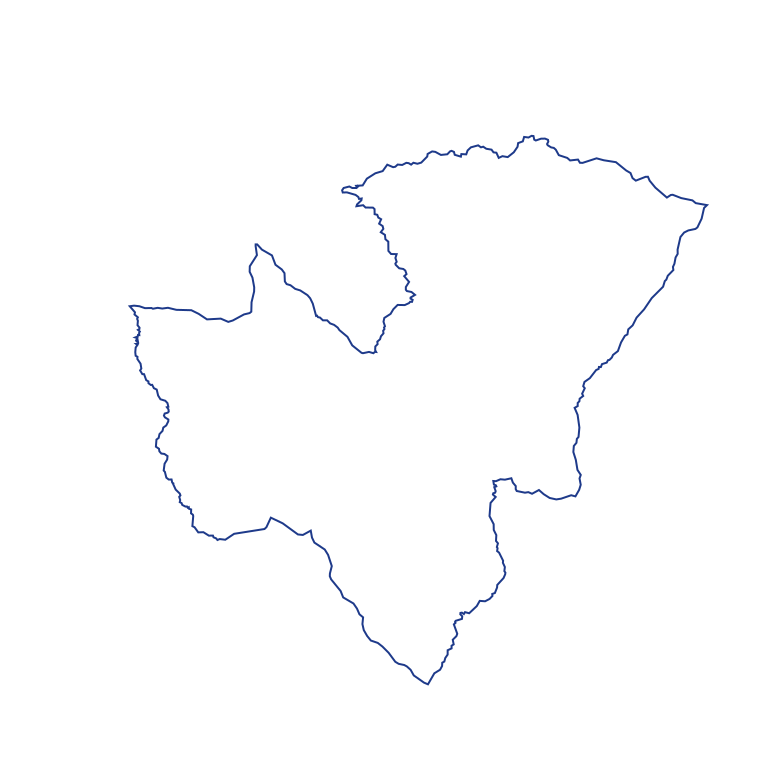 the district of Versalles, Valle del Cauca, Colombia, rotated 105°
{"feature_id": "7082276B43348198009946", "entity_name": "Versalles", "entity_type": "district", "adm_level": 2, "iso_a3": "COL", "parent_name": "Colombia", "parent_adm1": "Valle del Cauca", "projection": "albers", "projection_center": [-76.216, 4.612], "detail": "fine", "context": "isolated", "style": "outline", "palette": "blue", "viewbox_px": 768, "rotation_deg": 105, "n_neighbors": 0, "source": "geoboundaries", "source_scale": "gbopen_adm2", "svg_char_len": 6166}
<svg xmlns="http://www.w3.org/2000/svg" viewBox="0 0 768 768"><g transform="rotate(105 384 384)"><path d="M443.0,170.0L435.7,168.1L430.4,167.9L424.6,170.7L420.9,170.4L416.9,174.9L407.6,179.1L400.7,183.5L394.7,184.6L391.0,182.9L387.1,183.5L384.8,182.4L375.5,184.0L363.7,189.0L357.7,193.7L355.2,191.2L352.2,192.0L350.1,190.8L347.5,191.2L344.0,188.5L342.1,190.1L336.1,189.0L334.6,191.0L330.1,190.9L325.1,186.7L315.6,182.7L313.9,180.6L311.9,180.8L311.5,178.9L308.4,178.6L305.7,174.4L303.0,173.8L302.4,172.5L299.5,170.8L296.6,170.3L291.7,166.6L282.5,165.8L275.1,163.8L273.1,161.7L268.0,162.2L263.0,159.0L254.5,157.2L244.6,152.1L231.7,147.6L217.8,139.6L211.9,139.4L210.1,138.3L206.0,137.9L199.0,134.0L196.1,135.2L192.7,134.6L186.3,135.1L182.3,134.0L178.2,135.2L165.3,135.7L160.0,133.3L156.9,129.8L153.6,123.3L151.6,121.8L142.1,120.0L131.1,120.4L127.6,118.3L128.6,129.7L126.8,133.6L127.5,145.0L126.5,154.1L127.2,155.9L130.7,159.0L124.1,172.7L118.9,180.0L115.5,182.7L116.2,185.0L122.4,193.4L120.8,197.2L116.4,200.5L115.1,205.3L109.7,217.4L111.0,229.6L111.0,237.1L119.0,249.4L119.6,252.0L117.0,254.7L119.9,262.1L118.2,265.5L117.7,274.4L113.2,278.7L112.0,281.1L112.2,283.8L111.0,287.7L110.0,288.6L107.4,288.0L105.7,288.8L105.3,292.0L106.4,295.8L109.5,300.4L109.1,302.1L105.8,303.8L106.1,305.7L108.5,308.2L109.1,312.6L113.7,312.7L116.6,316.8L120.3,316.4L126.6,318.6L132.8,323.2L133.3,328.6L135.9,331.7L131.5,335.3L131.9,338.2L129.8,340.8L130.3,346.1L129.1,349.6L130.3,351.6L129.1,354.8L132.9,361.3L136.8,363.7L140.9,364.0L141.9,368.8L144.5,368.6L144.3,375.0L141.7,376.5L141.3,379.1L142.2,380.4L145.7,382.3L148.0,388.3L146.5,394.5L146.9,397.7L150.5,401.4L153.1,401.1L160.5,405.3L162.6,408.7L162.7,412.9L165.1,414.6L164.3,417.3L164.6,419.7L167.7,423.1L168.5,427.6L171.2,429.3L172.2,431.3L171.3,437.6L178.7,440.4L182.7,446.9L190.1,453.7L197.7,456.0L199.8,462.2L200.9,461.1L199.4,460.8L199.7,460.0L201.9,461.6L202.9,465.4L202.2,468.6L205.1,473.7L207.7,474.6L209.7,473.4L208.5,469.4L208.7,460.4L210.0,457.2L211.7,456.0L210.6,453.6L212.4,453.4L217.5,456.5L219.4,456.6L216.7,450.4L218.3,447.5L216.5,440.3L217.5,438.4L222.4,437.0L222.3,434.3L224.7,432.6L225.6,429.4L230.4,430.2L231.8,426.2L234.3,424.8L238.2,426.4L239.7,421.7L243.8,420.1L245.4,416.7L254.3,414.2L256.6,410.8L255.3,405.4L259.3,405.6L262.7,403.4L264.7,404.2L265.8,403.6L268.3,399.3L267.9,395.1L268.9,392.8L272.0,390.7L274.6,392.4L278.9,386.2L284.7,388.0L287.3,387.3L288.3,385.9L288.0,381.3L289.9,377.1L293.6,380.7L294.6,380.5L295.3,378.1L297.4,378.2L297.8,380.0L299.4,380.8L302.4,384.4L304.1,391.3L309.3,394.3L314.6,395.8L320.1,400.8L324.0,400.6L328.0,398.0L329.4,398.6L330.8,397.8L332.8,398.6L335.2,397.6L338.7,399.3L341.8,399.4L344.8,401.4L347.2,400.5L350.0,402.1L353.6,401.3L355.1,399.9L355.3,401.1L357.0,402.2L356.9,406.8L359.7,412.3L359.7,413.8L354.9,424.7L347.9,431.5L343.5,441.0L341.5,443.3L339.8,447.5L339.4,451.7L337.2,455.4L338.3,459.5L336.4,463.0L336.5,465.1L335.3,466.4L335.8,467.2L324.8,473.6L320.3,477.5L318.0,480.9L315.3,489.1L315.1,494.4L312.8,499.9L312.7,503.9L310.6,506.3L302.7,508.8L299.8,512.4L296.9,519.7L288.8,525.5L285.8,536.7L282.0,542.6L282.4,544.1L284.0,543.7L292.4,540.1L305.0,544.1L310.4,542.8L315.3,538.6L324.2,534.4L328.3,533.4L339.3,533.1L348.5,530.9L350.3,532.2L353.0,537.2L361.8,546.5L364.3,550.5L363.1,558.6L367.4,571.7L364.2,581.2L362.6,589.2L366.1,603.8L366.3,612.4L368.5,617.7L369.0,622.3L371.1,626.7L370.8,628.3L372.6,634.5L372.2,640.4L373.0,645.7L374.7,649.7L379.2,643.1L381.4,643.0L383.3,639.0L385.0,639.3L386.6,638.1L391.0,637.3L392.9,634.7L394.2,634.5L395.4,635.7L396.5,633.4L398.1,633.8L400.1,633.0L400.3,634.3L401.8,634.2L403.4,636.3L403.5,634.2L406.3,634.7L406.8,633.9L405.4,633.3L408.1,632.0L409.1,632.1L409.5,633.7L410.2,632.3L413.0,633.3L417.6,632.5L421.0,631.2L421.5,629.2L423.7,628.7L427.4,624.4L431.9,622.4L434.0,623.1L437.0,620.0L436.6,618.3L441.8,614.7L442.5,612.2L444.2,611.7L445.3,609.0L444.8,607.7L447.6,605.2L448.2,602.1L453.6,599.2L456.6,596.0L456.8,590.9L458.5,588.2L461.8,586.4L462.6,587.7L464.3,585.6L466.4,584.8L467.7,585.5L469.3,588.2L471.5,588.4L472.9,587.0L474.1,583.1L475.9,582.7L480.4,583.6L483.2,585.9L486.6,585.8L490.5,587.9L494.4,587.7L496.6,589.4L503.6,588.1L504.8,584.6L507.2,583.5L508.8,581.1L508.4,578.0L509.7,574.4L513.1,573.9L517.8,575.3L524.6,574.4L525.6,572.9L530.8,570.0L532.0,567.2L531.2,564.5L534.0,563.1L534.8,561.0L534.8,562.1L539.9,557.9L542.7,552.9L544.3,551.8L546.0,552.6L548.9,550.8L551.0,550.7L551.4,548.7L553.0,547.6L553.8,544.1L553.3,542.6L554.3,541.6L553.5,540.7L555.0,540.0L555.1,537.8L558.9,536.9L559.7,534.8L560.9,534.1L570.9,532.3L571.4,529.9L575.4,525.0L573.9,520.1L575.8,513.9L574.7,510.0L576.2,509.0L576.6,506.1L577.8,504.5L576.3,502.6L575.5,497.0L567.5,490.0L555.0,461.9L552.7,460.5L542.4,458.7L544.8,445.8L551.6,428.2L550.8,423.3L544.6,416.8L551.0,413.8L555.2,410.2L559.2,398.4L563.5,393.8L573.4,387.3L581.0,387.2L583.7,386.6L586.4,384.5L595.2,372.3L600.7,368.2L603.9,356.7L607.9,352.0L612.8,348.1L614.8,343.8L621.5,342.7L627.0,339.8L631.8,335.0L635.2,330.3L635.7,323.0L638.0,317.6L642.4,310.0L649.4,301.2L650.5,297.4L650.2,291.7L650.9,288.8L653.2,284.3L657.8,279.8L662.1,268.1L662.7,263.8L650.4,260.5L645.5,255.9L641.4,254.9L638.1,255.6L636.5,253.9L632.8,253.9L628.9,252.5L624.7,253.6L621.9,250.3L619.3,251.0L617.5,249.3L613.2,251.4L608.8,248.8L606.3,248.6L598.1,254.3L596.2,253.1L595.4,253.8L594.2,253.5L590.7,247.9L588.1,248.3L586.7,250.7L585.3,250.9L584.7,249.6L585.5,247.3L583.4,246.7L583.4,242.4L574.5,236.9L568.7,235.4L567.7,230.1L564.3,226.4L560.7,224.4L558.8,225.1L557.2,222.8L551.3,222.1L548.8,222.6L540.5,218.3L536.5,217.7L534.8,217.9L533.6,219.3L529.5,219.9L525.9,222.9L523.9,223.2L517.1,229.2L516.1,231.5L513.2,231.8L512.3,232.8L508.4,232.7L506.6,235.2L500.9,236.4L496.6,240.2L491.0,241.8L484.3,247.9L471.3,250.3L464.2,246.9L462.6,250.2L461.3,250.2L460.2,248.5L458.6,248.4L455.1,250.8L453.8,249.0L452.9,249.7L452.7,251.8L449.4,253.3L448.9,250.7L445.9,246.9L445.1,242.4L442.1,236.6L445.9,234.0L448.5,230.3L451.4,229.6L453.0,228.1L452.5,219.7L451.1,216.6L451.7,212.6L446.3,206.9L449.1,201.2L451.2,194.5L450.9,187.7L448.9,183.2L443.0,174.4L443.0,170.0Z" fill="none" stroke="#1e3a8a" stroke-width="2"/></g></svg>